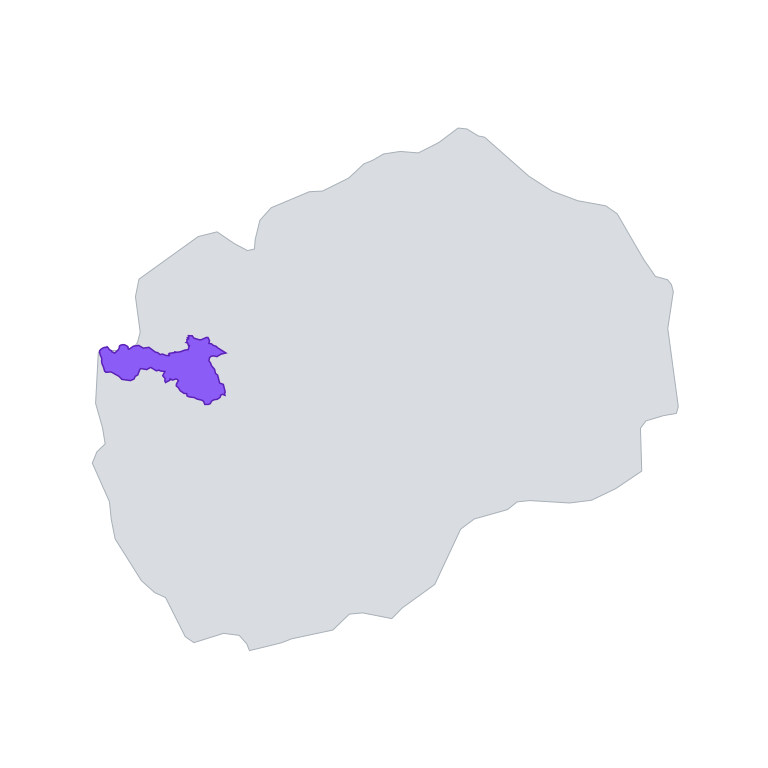 location of Gostivar, Gostivar, North Macedonia, rotated 350°
{"feature_id": "65306769B11113266730381", "entity_name": "Gostivar", "entity_type": "district", "adm_level": 2, "iso_a3": "MKD", "parent_name": "North Macedonia", "parent_adm1": "Gostivar", "projection": "orthographic", "projection_center": [20.801, 41.759], "detail": "fine", "context": "in_parent", "style": "filled", "palette": "violet", "viewbox_px": 768, "rotation_deg": 350, "n_neighbors": 0, "source": "geoboundaries", "source_scale": "gbopen_adm2", "svg_char_len": 3225}
<svg xmlns="http://www.w3.org/2000/svg" viewBox="0 0 768 768"><g transform="rotate(350 384 384)"><path d="M343.9,181.7L357.0,183.3L385.1,175.0L402.6,163.6L411.5,161.8L423.4,157.4L440.5,157.8L457.9,162.4L479.9,155.7L501.4,144.8L510.1,147.3L519.7,156.0L525.9,158.4L562.8,204.6L582.9,223.2L606.5,237.1L633.4,247.1L643.2,256.9L661.4,306.5L670.0,325.2L681.4,330.6L684.3,336.0L685.0,343.2L673.1,378.6L669.9,457.4L666.8,463.7L653.4,463.7L635.6,465.8L628.9,472.0L622.7,514.5L594.2,527.2L568.2,534.5L546.1,533.4L507.3,524.1L494.6,523.2L483.9,529.1L449.4,532.6L434.3,540.2L399.2,590.2L363.2,607.6L350.9,616.4L323.2,605.7L309.9,604.6L290.9,617.4L248.9,618.9L237.5,621.1L205.2,623.2L203.8,616.3L197.8,606.4L182.7,601.7L151.9,605.7L144.4,598.4L131.8,556.4L121.9,549.6L110.9,535.5L92.3,489.8L91.9,469.8L93.2,452.3L83.0,411.3L89.4,401.0L99.0,394.5L99.2,378.1L96.6,353.0L108.0,303.9L111.1,300.3L114.0,302.7L141.3,306.7L148.4,300.4L152.9,290.7L154.4,254.8L160.9,238.2L226.7,206.5L246.0,205.2L260.9,219.7L272.7,228.9L279.8,228.6L282.3,219.2L290.2,201.2L303.6,190.8L343.6,181.7L343.9,181.7Z" fill="#d9dde1" stroke="#a8b0b8" stroke-width="1"/><path d="M207.5,373.6L209.6,373.1L211.1,371.0L213.8,370.0L217.0,370.1L218.9,369.4L220.6,368.3L221.1,366.7L223.2,366.1L225.4,367.5L225.4,365.1L226.1,364.7L226.2,363.7L225.7,356.5L222.3,354.5L221.7,346.4L219.9,344.3L219.7,340.1L217.4,336.2L216.8,333.1L215.6,330.7L216.8,327.8L218.4,326.7L220.9,326.7L224.2,328.0L228.7,326.3L233.7,326.0L226.7,319.7L225.3,317.8L222.3,316.1L221.0,314.4L218.6,313.6L219.7,311.0L218.7,307.6L217.2,307.3L211.5,308.7L209.7,308.3L204.7,305.8L203.5,303.2L200.5,302.6L199.7,302.4L199.7,304.1L198.5,304.3L199.4,305.6L197.6,305.9L197.3,308.5L196.4,308.8L197.8,309.7L198.1,312.3L199.0,312.4L197.0,316.2L193.8,316.0L188.9,316.9L185.6,316.8L183.8,316.1L183.9,316.7L177.9,316.5L177.2,317.0L177.6,317.6L177.0,318.1L177.6,318.4L177.1,318.9L173.8,317.8L171.2,316.1L168.6,316.1L166.6,313.8L164.5,313.0L158.9,307.1L153.2,306.9L149.1,303.4L143.9,303.2L142.4,303.9L141.3,304.4L140.5,304.8L138.9,305.4L138.6,305.4L138.1,304.8L138.1,304.2L138.4,303.5L138.2,302.8L137.5,302.0L135.6,300.5L133.9,299.9L131.3,300.0L130.9,300.2L130.0,300.8L129.6,302.3L128.9,303.4L127.5,304.7L125.8,305.7L124.2,306.9L122.6,305.6L121.6,305.1L121.4,303.9L120.6,303.4L119.3,302.1L118.6,300.4L118.3,300.0L118.0,299.5L117.7,299.2L117.4,299.5L117.1,299.7L116.5,299.6L116.2,299.6L115.3,299.4L115.0,299.4L113.2,299.8L112.1,300.3L109.8,301.7L109.6,302.2L109.4,303.5L109.7,306.7L110.0,307.7L110.2,308.5L110.3,308.8L110.4,309.6L110.4,310.4L110.2,311.1L109.9,312.2L109.9,312.5L109.8,312.9L109.8,313.7L109.8,314.9L110.1,316.5L110.3,316.8L110.5,317.9L110.7,318.9L111.1,323.0L112.1,323.8L112.2,324.2L117.3,324.7L124.4,330.5L126.6,333.9L134.9,336.6L138.7,335.7L140.4,333.2L143.0,332.4L146.1,327.3L147.3,326.6L152.8,328.6L157.1,327.1L162.1,331.5L164.9,331.2L165.9,332.3L170.4,333.6L167.5,337.4L169.4,340.5L168.7,342.8L169.1,344.6L173.8,343.1L174.2,341.8L176.4,343.4L180.1,342.9L181.1,343.5L182.1,345.0L179.6,347.9L179.1,349.8L180.9,352.1L182.1,355.2L185.4,358.5L188.0,359.2L188.0,361.6L190.0,362.9L195.0,364.5L197.1,366.3L202.0,368.4L203.3,369.8L204.0,373.0L207.5,373.6Z" fill="#8b5cf6" stroke="#5b21b6" stroke-width="1.5"/></g></svg>